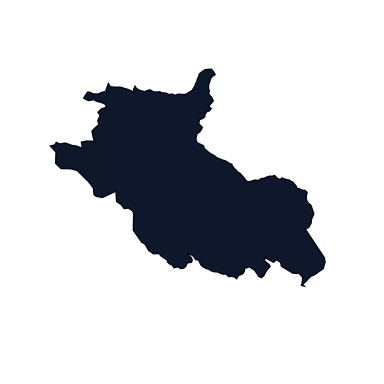 the district of Iguaracy, Pernambuco, Brazil, rotated 53°
{"feature_id": "56859067B60257511130635", "entity_name": "Iguaracy", "entity_type": "district", "adm_level": 2, "iso_a3": "BRA", "parent_name": "Brazil", "parent_adm1": "Pernambuco", "projection": "albers", "projection_center": [-37.408, -7.849], "detail": "fine", "context": "isolated", "style": "filled", "palette": "ink", "viewbox_px": 384, "rotation_deg": 53, "n_neighbors": 0, "source": "geoboundaries", "source_scale": "gbopen_adm2", "svg_char_len": 3185}
<svg xmlns="http://www.w3.org/2000/svg" viewBox="0 0 384 384"><g transform="rotate(53 192 192)"><path d="M331.4,159.2L332.2,157.0L330.7,148.0L331.7,144.1L332.1,133.3L329.5,130.0L328.0,127.8L326.0,127.2L324.6,126.0L289.7,123.9L290.5,120.3L288.5,115.7L285.7,113.1L282.7,107.9L279.0,106.6L274.3,105.1L270.3,105.9L267.5,105.5L265.6,104.6L263.9,103.1L261.6,100.4L258.6,100.9L257.3,102.8L254.0,104.3L252.8,106.0L250.2,105.4L244.6,105.6L243.0,106.8L241.0,107.2L238.6,109.4L234.9,111.9L235.3,114.2L231.9,115.9L228.6,116.1L227.6,118.8L226.3,120.2L225.3,122.6L224.9,124.4L224.4,126.5L223.0,128.5L222.9,131.8L220.3,134.8L219.3,137.6L218.4,140.3L216.2,142.0L211.1,142.0L205.9,142.5L203.5,143.6L201.2,143.6L199.3,144.0L195.7,144.2L193.8,143.6L191.8,145.0L189.3,145.8L186.9,146.9L184.2,148.9L181.0,150.8L178.8,151.9L176.7,152.3L171.1,154.7L164.7,156.1L161.9,155.1L156.0,158.2L153.8,157.9L151.6,156.8L148.3,152.8L148.6,149.6L147.7,147.0L146.6,144.9L141.6,145.7L138.7,142.6L139.7,138.8L139.5,136.6L137.7,134.8L136.7,132.0L137.6,129.0L136.8,126.5L134.7,127.3L133.2,126.2L132.6,122.7L132.0,120.2L128.3,119.4L125.3,119.7L123.2,119.5L121.7,117.4L119.1,116.5L116.3,114.2L115.0,112.3L112.3,108.6L111.9,105.8L112.1,102.9L108.2,102.4L105.5,102.8L102.3,107.9L102.1,112.1L102.2,114.9L103.8,117.1L105.1,119.7L107.1,122.1L107.6,123.9L108.9,125.5L111.1,130.7L110.7,134.2L110.5,136.9L110.1,138.8L105.5,144.4L104.6,147.6L102.1,148.7L100.2,152.0L97.7,153.1L96.1,154.8L94.9,156.3L92.5,157.6L91.1,159.9L89.0,162.4L85.0,164.3L83.3,169.7L79.2,172.8L75.8,174.2L73.4,173.9L74.7,176.5L77.1,178.3L71.3,181.7L65.0,186.3L64.1,187.8L62.0,190.5L58.8,194.0L55.2,193.6L57.7,197.5L59.8,200.3L58.2,204.4L57.4,207.7L56.3,209.6L53.8,212.2L50.6,213.8L49.5,215.4L51.8,221.9L54.5,220.8L56.8,219.4L59.1,214.8L62.0,213.6L66.0,210.4L69.4,208.4L72.9,209.2L71.2,214.2L71.8,219.1L75.6,219.1L77.3,222.4L78.3,224.2L82.1,225.7L82.8,233.1L83.4,235.3L88.6,237.8L92.9,239.4L88.0,245.4L85.7,250.3L91.2,253.2L85.5,256.9L83.4,259.3L76.6,263.9L74.3,268.6L70.8,270.6L72.0,273.2L70.1,277.3L78.4,276.6L87.0,283.6L94.5,282.4L100.2,275.0L105.6,270.7L121.5,268.3L129.5,268.3L135.1,271.7L137.6,271.2L142.4,266.8L143.8,260.4L145.5,252.1L154.2,257.9L159.3,256.1L164.3,256.1L166.6,252.3L170.0,251.1L173.2,250.8L178.0,254.5L180.6,256.6L187.3,261.8L201.7,262.3L205.5,260.8L212.6,261.7L218.1,259.9L221.2,255.4L224.5,255.1L228.3,253.8L231.4,252.6L233.5,253.6L236.0,253.0L238.4,251.7L241.7,251.9L243.1,248.3L246.3,247.0L247.8,244.4L247.3,241.0L245.7,239.0L246.4,237.0L247.7,234.9L246.7,233.0L244.4,232.2L241.2,232.6L238.6,232.4L242.8,229.7L245.9,229.4L247.9,229.8L250.4,227.6L255.4,228.7L258.6,228.1L261.2,226.9L264.0,224.9L267.2,223.6L269.2,222.0L271.2,219.6L275.9,217.0L277.7,214.3L281.8,213.4L282.7,211.5L285.1,209.3L288.0,208.5L286.5,204.9L287.4,202.5L287.7,200.3L286.7,197.9L284.3,195.6L285.5,193.8L286.1,191.2L291.9,189.0L297.5,189.2L299.2,189.5L302.1,188.1L302.0,184.9L300.4,181.9L299.4,179.2L298.4,174.5L296.0,174.2L290.5,175.7L288.5,173.0L297.1,169.2L296.8,165.2L301.6,163.5L305.1,165.2L317.5,160.2L321.6,155.3L323.7,155.1L327.0,155.0L331.4,159.2ZM334.5,159.1L331.4,159.2L332.4,160.7L334.5,159.1Z" fill="#0f172a" stroke="#020617" stroke-width="1.5"/></g></svg>